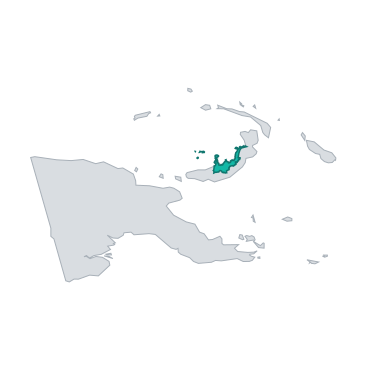 Talasea District, West New Britain, Papua New Guinea shown in context, rotated 345°
{"feature_id": "67681753B12348367774956", "entity_name": "Talasea District", "entity_type": "district", "adm_level": 2, "iso_a3": "PNG", "parent_name": "Papua New Guinea", "parent_adm1": "West New Britain", "projection": "albers", "projection_center": [150.421, -5.275], "detail": "fine", "context": "in_parent", "style": "filled", "palette": "teal", "viewbox_px": 384, "rotation_deg": 345, "n_neighbors": 0, "source": "geoboundaries", "source_scale": "gbopen_adm2", "svg_char_len": 8983}
<svg xmlns="http://www.w3.org/2000/svg" viewBox="0 0 384 384"><g transform="rotate(345 192 192)"><path d="M47.1,245.1L46.5,201.6L44.2,198.3L46.3,190.5L45.1,116.9L49.3,117.2L69.7,125.9L83.4,130.4L95.3,132.4L106.3,139.7L114.4,140.0L126.5,150.2L131.4,150.9L140.0,159.5L140.5,166.5L139.6,170.9L152.6,175.0L165.0,180.9L171.7,181.5L175.4,183.6L180.1,188.6L180.9,195.5L178.3,196.7L166.7,196.7L163.5,198.9L168.2,209.6L178.7,219.4L186.5,223.8L188.9,232.7L192.9,235.5L195.5,242.5L199.6,243.2L207.5,242.0L208.8,245.0L207.6,249.4L208.8,251.2L223.4,254.9L218.5,257.3L220.7,261.3L230.3,264.8L236.2,266.1L239.7,265.7L235.6,267.7L231.9,267.1L231.2,267.7L232.7,269.4L235.8,271.2L232.6,273.6L229.4,273.9L223.5,272.4L218.4,268.0L202.5,266.1L197.0,264.2L192.6,264.9L179.7,262.6L175.5,259.5L172.7,254.8L165.0,249.2L163.2,246.5L163.9,242.8L161.8,243.3L157.4,240.7L145.6,223.5L139.7,221.1L124.9,218.3L122.7,215.0L115.8,213.8L114.3,216.0L108.6,217.6L103.8,216.0L99.0,211.8L104.8,221.3L102.8,221.3L103.7,222.7L102.6,223.0L96.5,222.5L98.4,226.4L88.3,228.7L80.7,228.0L77.1,229.0L75.6,228.9L73.6,226.0L70.9,226.6L73.2,226.7L76.2,230.0L82.5,229.4L88.6,231.9L93.9,237.5L93.7,241.4L79.8,248.8L71.6,245.8L59.8,246.8L55.5,245.6L50.2,247.1L47.1,245.1ZM258.9,147.2L261.8,149.2L264.7,147.1L270.4,149.7L269.3,159.2L267.4,161.8L262.6,162.7L262.1,164.1L265.2,169.7L263.9,171.7L259.7,173.8L252.8,173.5L251.0,177.4L247.2,180.8L232.4,187.5L216.3,188.1L211.0,183.9L205.5,184.7L198.0,179.8L191.8,177.8L190.5,175.9L190.6,173.4L192.3,172.0L203.5,172.2L210.5,174.1L219.8,172.9L222.4,171.4L223.3,165.4L224.9,162.8L226.5,164.0L224.5,168.7L226.7,172.9L233.3,171.7L237.5,172.7L240.8,171.4L245.4,164.8L249.2,161.8L255.9,160.3L255.8,155.5L253.5,148.8L254.4,146.9L258.9,147.2ZM339.8,196.3L338.9,198.5L338.5,197.8L335.1,199.8L331.2,199.1L327.8,196.9L325.2,193.1L325.1,188.7L321.3,186.8L316.4,181.3L315.5,177.6L315.9,171.7L323.0,175.2L330.3,185.6L337.2,190.3L339.8,196.3ZM284.7,150.0L279.9,159.4L276.9,155.5L275.8,152.8L275.6,145.6L268.0,134.7L260.1,131.1L244.1,119.8L237.8,118.0L239.4,117.5L239.3,114.8L247.2,120.6L252.1,122.1L258.7,126.6L263.1,128.2L282.4,145.1L284.7,150.0ZM157.1,103.2L172.2,103.5L172.5,104.8L170.5,105.0L168.0,107.2L158.9,106.6L154.9,107.8L154.7,106.2L156.1,105.7L155.9,104.1L157.1,103.2ZM233.5,248.2L236.2,249.8L238.5,249.6L240.3,251.5L240.6,254.5L239.6,255.2L239.0,254.3L231.7,253.7L233.1,252.0L231.7,248.5L233.5,248.2ZM231.7,116.5L226.3,116.5L222.3,112.8L227.6,111.1L231.5,112.8L231.7,116.5ZM244.2,261.5L247.6,259.6L248.4,260.2L247.1,264.9L241.9,262.9L238.3,255.4L244.2,261.5ZM272.2,241.7L278.0,240.9L280.8,242.9L281.6,243.6L281.0,245.6L276.2,244.8L272.2,241.7ZM285.5,287.2L296.2,292.4L292.2,293.2L288.8,291.8L288.4,290.5L287.1,291.0L287.8,290.1L285.5,287.2ZM184.4,179.0L179.6,175.1L179.8,172.4L185.0,174.8L184.4,179.0ZM229.9,251.1L228.5,251.2L225.3,248.5L227.2,245.5L229.4,246.6L229.9,251.1ZM314.3,171.4L312.2,165.1L314.1,163.2L315.9,167.2L314.3,171.4ZM167.7,171.3L164.3,168.8L166.8,166.5L168.3,167.7L167.7,171.3ZM218.4,94.7L216.6,95.2L214.1,93.1L214.8,90.8L217.6,92.3L218.4,94.7ZM145.6,155.8L143.6,158.1L142.2,156.4L144.4,153.8L145.6,155.8ZM245.0,230.0L245.1,237.6L243.6,236.1L244.3,232.9L242.8,232.0L245.0,230.0ZM95.1,232.7L98.4,235.8L90.5,230.9L95.1,232.7ZM97.9,231.9L93.6,230.7L92.7,229.8L97.8,230.2L97.9,231.9ZM306.4,288.0L306.1,289.1L303.3,289.3L301.4,287.7L303.2,288.1L302.9,287.0L306.4,288.0ZM275.1,124.1L275.2,127.6L273.2,125.1L275.1,124.1ZM264.4,122.2L263.6,123.1L261.6,120.7L262.0,120.2L264.4,122.2ZM240.7,272.2L240.4,273.7L238.5,272.9L238.7,272.0L240.7,272.2ZM262.7,119.5L261.2,119.9L261.4,117.5L262.7,119.5ZM180.4,108.5L180.6,110.2L178.4,109.8L180.4,108.5ZM295.1,143.9L294.9,145.5L293.7,144.9L295.1,143.9Z" fill="#d9dde1" stroke="#a8b0b8" stroke-width="1"/><path d="M255.4,161.3L254.9,161.7L254.2,162.0L254.0,161.8L253.9,161.8L254.0,161.8L253.8,161.6L253.6,161.6L253.6,161.4L253.5,161.5L253.5,161.4L253.3,161.4L253.2,161.3L253.3,161.3L253.3,161.2L253.1,161.1L252.9,161.1L252.4,161.6L252.1,161.6L251.7,161.5L251.5,161.4L251.1,161.4L250.6,161.0L250.3,161.0L250.1,160.9L249.9,161.0L249.7,160.8L249.5,161.0L249.6,161.5L248.9,161.9L248.3,162.1L247.9,162.3L247.7,162.6L247.3,162.7L247.1,163.0L246.9,163.1L246.8,163.5L246.0,164.3L245.4,164.9L244.9,165.1L244.8,165.3L244.4,165.5L243.9,166.4L243.7,167.0L243.4,167.3L243.5,167.8L243.2,168.1L243.1,168.4L242.9,168.6L242.8,169.5L242.9,169.9L242.6,170.5L242.1,171.0L241.8,171.4L241.2,171.7L241.0,171.9L240.9,172.1L240.7,172.3L240.3,172.3L239.7,172.3L239.6,172.2L239.4,172.0L239.4,171.9L239.1,171.4L238.8,171.6L238.4,171.5L238.2,171.6L237.8,171.7L237.6,171.8L237.8,172.0L237.7,172.1L237.6,172.4L237.2,172.9L236.7,173.2L236.5,173.4L236.3,173.4L236.1,173.3L235.9,173.2L235.4,173.5L235.0,173.4L234.8,173.3L234.7,173.1L234.6,172.6L234.5,172.4L234.5,172.1L234.3,172.0L234.2,171.9L233.8,171.8L233.7,171.7L233.3,171.4L233.3,171.2L232.8,171.3L232.7,171.2L232.4,171.1L232.1,171.1L231.8,171.0L231.2,171.3L230.9,171.6L230.9,171.8L229.8,172.4L229.7,172.6L229.2,173.0L229.0,173.3L228.7,173.7L228.3,173.7L227.8,173.5L227.5,173.3L227.1,173.5L227.0,173.4L226.9,173.3L226.5,173.5L226.1,173.5L225.7,173.2L224.9,172.8L225.0,172.6L225.1,172.4L225.1,172.2L224.9,171.7L225.0,171.5L224.8,171.3L224.7,170.9L224.7,170.5L224.5,170.4L224.4,170.2L224.1,169.9L224.0,169.7L224.2,169.4L224.1,169.5L224.0,169.3L224.1,169.2L224.0,168.9L224.0,168.6L223.8,168.7L223.6,168.4L223.4,168.3L223.6,168.1L223.9,168.0L224.2,168.0L224.4,167.8L224.6,167.7L224.4,167.4L224.7,166.9L224.5,166.5L224.5,166.4L224.3,166.3L224.2,166.1L224.3,165.7L224.4,165.4L224.9,165.0L225.0,165.0L225.3,164.9L225.6,164.9L225.8,164.7L226.2,164.6L226.4,164.4L226.6,164.4L226.5,164.1L226.9,163.8L226.8,163.6L226.4,163.3L226.3,163.1L226.1,163.1L226.0,162.9L225.5,162.7L224.9,162.6L224.7,162.7L224.6,162.8L224.4,162.7L224.3,162.8L223.8,162.8L223.5,163.5L223.5,163.8L223.5,164.0L223.7,164.4L223.7,164.6L223.6,164.8L223.4,164.8L223.3,165.1L223.2,165.2L223.1,165.3L223.1,165.7L223.4,166.2L223.6,166.3L223.6,166.7L223.1,167.2L223.1,167.4L223.1,167.7L222.8,167.9L222.6,167.9L222.4,167.8L222.2,168.0L221.8,168.6L221.6,168.6L221.4,168.8L221.5,169.0L221.2,169.2L221.3,169.4L221.3,169.7L221.6,169.9L221.7,170.2L222.0,170.4L222.3,170.3L222.5,170.5L222.5,170.8L222.3,171.0L222.1,171.7L221.6,172.2L221.3,172.3L220.8,172.8L220.4,172.9L220.2,172.7L218.7,176.4L218.6,176.5L218.4,176.7L218.4,176.8L218.2,176.8L218.5,177.9L218.5,178.2L218.5,178.3L218.0,179.3L219.9,179.0L220.7,179.3L222.4,179.4L222.9,179.6L223.2,179.5L223.3,179.3L223.7,178.9L224.0,178.8L224.5,178.5L224.9,178.6L225.2,178.8L225.4,179.1L225.6,179.1L225.8,179.2L226.0,179.6L226.3,180.9L226.9,181.1L227.0,181.3L227.2,181.5L227.4,181.5L227.5,181.2L227.8,181.1L227.9,181.3L228.2,181.4L228.2,181.7L228.3,181.8L228.5,181.9L228.8,182.0L229.1,182.3L229.8,182.1L230.0,182.3L230.5,182.4L230.5,182.1L230.9,180.4L233.6,180.0L233.7,179.6L233.8,179.1L233.7,178.8L234.2,178.4L234.1,177.9L234.5,177.8L234.6,177.5L234.7,177.4L234.9,177.4L235.1,177.0L235.5,176.9L235.8,177.0L235.9,176.9L237.6,177.0L238.0,177.1L238.1,177.3L238.4,177.6L238.7,177.4L238.9,177.5L239.2,177.3L239.3,177.4L239.5,177.4L239.7,177.1L240.3,176.8L240.5,177.0L240.8,176.8L241.0,176.7L241.4,176.7L241.6,176.5L241.6,176.4L241.9,176.3L241.9,175.8L241.8,175.6L241.5,175.4L241.5,175.1L241.8,174.5L241.7,174.3L241.7,174.2L242.1,174.2L242.7,174.7L242.9,174.7L243.3,175.0L243.5,174.8L243.6,174.3L243.8,174.3L244.1,174.3L244.3,174.0L244.5,174.0L244.8,173.9L244.7,173.7L244.8,173.7L245.1,173.6L245.2,173.0L245.3,173.0L245.4,172.8L245.5,172.8L245.6,172.7L245.9,172.7L246.0,172.8L246.3,172.6L246.5,172.7L246.6,172.4L246.8,172.3L246.7,172.1L246.9,172.0L247.3,171.5L247.0,171.2L246.6,171.1L246.3,171.0L245.8,171.1L245.6,170.9L245.4,170.8L247.4,166.5L249.3,163.6L251.1,162.3L256.5,162.3L255.4,161.3ZM246.4,160.3L245.9,160.3L245.7,160.4L245.4,160.7L245.1,160.9L245.0,161.0L245.9,161.8L246.2,161.8L246.8,161.6L246.8,161.4L247.2,161.3L247.3,161.0L247.0,160.8L246.7,160.6L246.4,160.3ZM213.7,155.7L213.1,155.6L212.8,155.6L212.4,155.8L212.2,155.9L212.1,156.2L212.0,156.3L212.0,156.6L212.3,156.7L212.5,156.8L213.1,156.8L213.2,156.7L212.9,156.5L212.7,156.3L212.7,156.2L212.8,155.9L213.2,155.9L213.4,156.0L213.5,156.2L213.4,156.4L213.4,156.7L213.7,156.8L213.9,157.0L214.1,157.0L214.3,156.6L214.2,156.5L214.2,156.2L214.0,155.9L213.7,155.7ZM206.7,160.0L206.3,160.0L206.2,160.1L205.7,160.3L205.6,160.6L206.1,161.1L206.4,161.0L206.5,161.0L206.9,160.6L206.9,160.3L206.7,160.0ZM224.6,168.4L224.3,168.5L224.2,168.6L224.2,168.8L224.5,168.9L224.6,168.7L224.7,168.8L224.8,168.5L224.7,168.4L224.6,168.4ZM211.0,155.2L210.7,155.1L210.4,155.1L210.1,155.1L210.0,155.3L210.5,155.3L210.8,155.3L211.0,155.2ZM205.7,153.9L205.8,153.7L205.6,153.6L205.6,153.8L205.7,153.9ZM249.9,160.9L250.0,160.8L250.0,160.7L249.8,160.8L249.9,160.9ZM232.7,169.7L232.8,169.6L232.7,169.6L232.7,169.8L232.8,169.8L232.7,169.7ZM209.3,155.6L209.2,155.4L209.2,155.6L209.3,155.6ZM209.9,155.3L209.9,155.2L209.8,155.3L210.0,155.3L209.9,155.3Z" fill="#14b8a6" stroke="#0f766e" stroke-width="1.5"/></g></svg>